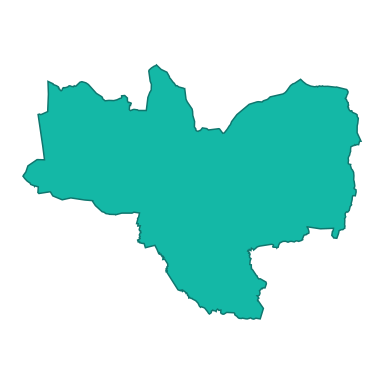 the district of Zinapécuaro, Michoacán, Mexico
{"feature_id": "50627088B67207882372338", "entity_name": "Zinapécuaro", "entity_type": "district", "adm_level": 2, "iso_a3": "MEX", "parent_name": "Mexico", "parent_adm1": "Michoacán", "projection": "natural_earth1", "projection_center": [-100.761, 19.856], "detail": "fine", "context": "isolated", "style": "filled", "palette": "teal", "viewbox_px": 384, "rotation_deg": 0, "n_neighbors": 0, "source": "geoboundaries", "source_scale": "gbopen_adm2", "svg_char_len": 5942}
<svg xmlns="http://www.w3.org/2000/svg" viewBox="0 0 384 384"><path d="M38.1,114.5L42.8,146.4L44.5,159.8L37.1,159.6L27.9,165.9L25.9,171.9L23.4,175.3L23.5,175.7L23.0,176.2L24.8,178.6L27.2,181.1L30.2,183.2L30.7,184.4L34.5,185.9L34.6,186.4L35.1,185.9L38.3,186.9L37.9,192.5L38.9,193.5L49.9,191.8L50.5,192.0L52.8,195.9L62.2,199.8L70.8,197.9L84.7,200.0L92.1,200.6L92.6,200.8L92.4,201.0L95.4,205.6L102.1,211.7L104.0,212.2L105.9,213.6L108.9,214.0L109.2,214.3L115.4,214.5L115.5,214.8L121.8,213.1L132.1,213.1L133.9,212.2L139.5,213.0L138.6,217.1L137.6,218.5L137.8,219.2L136.6,223.6L138.2,223.7L137.8,226.0L140.3,225.8L139.2,229.4L139.6,230.7L140.5,230.7L140.9,232.6L140.4,232.6L139.3,235.0L140.1,236.5L139.3,237.3L140.1,238.6L137.6,240.1L138.2,241.8L138.9,241.3L139.4,242.4L139.8,242.2L140.0,242.8L142.4,243.4L144.1,243.5L145.4,247.7L154.9,245.3L157.0,249.4L158.7,253.5L159.5,252.9L159.7,254.2L161.1,254.3L161.1,255.1L161.9,256.2L162.1,255.7L163.0,256.2L162.9,256.6L163.4,256.8L163.1,257.6L163.7,257.7L163.0,258.4L162.8,259.5L164.7,259.2L167.7,263.9L167.7,265.7L167.9,266.2L166.9,266.9L167.0,268.1L166.6,268.3L166.9,268.5L166.3,268.8L166.0,270.3L167.2,270.3L167.2,271.0L166.2,270.7L166.1,271.8L167.1,272.0L167.1,272.6L178.0,289.8L180.4,290.7L180.9,290.1L181.6,290.1L181.8,290.7L182.5,290.2L182.6,291.3L183.4,290.7L185.2,291.9L185.7,292.8L186.0,292.6L186.6,292.8L186.5,293.5L186.9,293.4L187.8,294.9L187.6,295.5L188.6,296.1L188.8,297.9L189.6,297.5L189.7,297.9L190.5,298.0L191.3,298.5L192.0,298.4L192.8,299.2L195.6,300.6L198.0,303.1L199.5,306.3L200.6,307.3L201.3,306.7L204.6,308.0L207.5,311.6L208.7,313.5L209.5,314.0L211.1,312.8L211.3,312.4L211.3,311.2L211.8,310.7L212.9,310.6L212.9,310.2L214.4,310.8L215.3,310.8L216.1,311.5L216.7,309.9L217.5,309.1L218.3,309.6L218.9,310.4L220.9,310.1L220.7,312.7L221.3,313.5L222.9,314.2L224.0,314.1L226.7,312.4L234.0,312.8L234.7,313.4L234.8,314.7L235.3,315.3L236.7,316.1L237.9,317.5L239.1,318.3L241.4,318.5L242.3,318.1L245.8,318.8L247.4,318.9L250.6,317.9L252.2,318.8L253.8,319.1L255.9,318.2L260.2,318.9L263.4,308.4L258.0,300.5L257.9,301.0L257.7,300.9L257.5,300.1L257.8,299.1L258.8,298.4L258.8,298.0L257.1,295.8L258.2,295.8L259.0,295.5L259.5,294.8L260.0,293.2L259.5,290.6L260.7,289.7L261.6,288.4L262.2,288.3L262.4,288.6L263.2,287.8L265.0,287.9L266.4,283.8L266.0,282.1L260.3,278.8L258.8,278.9L257.6,277.5L257.0,275.8L256.5,275.7L252.6,269.8L251.3,268.8L251.6,268.1L251.3,267.6L251.3,264.8L249.8,264.5L250.2,260.2L250.4,260.2L251.0,258.6L249.6,257.6L249.5,255.7L249.8,255.1L249.5,255.1L249.9,253.8L249.8,253.3L248.8,253.2L249.2,252.2L247.6,251.1L248.1,250.3L249.0,250.3L249.3,249.5L250.9,250.6L251.4,248.2L253.5,249.4L253.7,250.0L257.4,246.8L259.6,246.1L270.6,244.4L271.9,244.3L273.4,244.9L273.4,245.7L272.8,246.6L273.0,247.1L276.5,247.4L276.8,248.0L277.1,247.5L278.2,247.2L278.7,244.9L279.9,242.9L282.8,241.4L285.7,241.3L288.0,242.2L290.0,241.4L291.4,241.3L294.3,241.9L295.6,241.1L296.8,240.8L298.7,241.4L301.6,240.4L302.7,239.7L302.3,239.2L304.0,235.2L306.4,234.6L306.8,234.4L307.0,233.7L308.7,233.3L308.9,232.9L308.9,231.4L308.1,228.6L307.3,227.5L307.2,226.8L320.4,228.8L333.5,228.3L333.3,229.9L332.8,231.2L332.4,231.5L331.8,235.4L333.3,237.2L333.6,237.9L336.8,238.3L338.5,233.6L339.1,230.7L341.1,229.7L342.9,229.6L344.1,228.5L344.8,228.2L344.7,226.4L345.0,226.1L344.6,224.9L344.8,220.4L344.6,218.4L345.2,217.9L345.7,216.7L345.3,215.9L345.1,213.8L345.7,212.7L346.7,211.8L347.7,212.1L349.2,210.4L350.2,206.4L351.6,204.8L351.1,203.8L352.1,199.9L352.3,197.4L352.7,195.9L353.5,195.6L355.3,195.8L356.1,192.1L356.0,189.8L354.2,188.7L354.0,188.1L354.6,187.0L354.8,185.7L354.2,181.6L353.7,179.9L353.9,175.8L353.6,172.3L352.5,170.1L351.4,168.8L350.4,165.4L350.7,164.5L349.0,164.1L348.3,163.6L348.2,162.7L348.5,160.4L348.2,158.2L348.6,156.8L349.7,154.9L349.8,153.8L350.7,151.0L350.5,150.5L350.8,146.9L353.0,145.7L354.0,145.6L354.8,144.7L355.5,145.2L357.1,144.5L358.6,144.7L359.6,141.2L361.0,141.2L357.1,132.7L357.2,125.9L357.8,123.2L358.3,118.3L357.2,116.6L357.1,114.8L355.8,113.8L352.5,112.4L352.1,111.8L351.9,110.9L351.2,110.7L350.5,111.2L349.5,110.3L348.8,109.1L348.5,107.5L348.2,107.5L348.4,107.1L347.8,106.3L348.6,105.3L348.1,103.3L348.2,102.6L347.2,101.7L346.6,99.9L345.4,98.6L345.8,98.3L345.6,97.9L346.3,97.1L347.0,94.8L347.5,94.1L348.0,92.7L348.0,91.6L347.6,91.3L347.5,90.5L346.6,89.5L336.4,87.0L335.5,87.2L327.8,86.3L324.2,86.4L322.9,86.2L322.5,85.9L321.2,86.4L319.3,85.9L317.5,86.9L316.9,86.3L314.8,86.8L310.7,86.1L306.4,84.3L303.2,81.8L300.6,79.3L294.6,83.3L292.8,83.9L290.5,85.6L286.4,91.3L284.8,92.9L282.8,94.0L270.2,96.9L267.5,99.4L263.4,100.8L262.0,102.0L258.3,101.7L256.9,101.9L249.2,104.3L236.9,114.6L231.6,121.6L230.4,124.7L229.5,125.6L227.3,129.1L224.3,132.9L222.8,133.3L219.5,128.9L218.7,128.7L208.4,130.0L206.8,128.6L202.4,127.9L200.4,130.5L199.4,130.6L198.1,131.4L196.4,130.8L195.8,130.1L195.9,129.1L194.4,126.9L194.6,121.5L192.8,115.4L192.6,111.4L192.1,109.0L187.2,101.8L186.0,99.2L184.7,88.6L184.0,88.7L183.5,88.2L178.9,87.0L176.9,85.6L175.8,85.8L174.3,83.3L173.0,82.1L170.4,78.6L169.7,78.0L169.3,76.5L166.9,72.2L161.1,69.4L156.4,64.9L155.8,65.7L154.3,66.1L151.4,68.0L149.1,70.1L148.8,71.1L150.2,81.2L151.4,84.3L151.2,90.1L149.8,92.4L147.9,97.4L146.3,110.5L138.4,110.5L137.6,109.9L134.3,109.4L133.2,109.5L130.5,110.6L129.8,110.2L129.3,109.5L129.6,105.5L130.5,105.5L130.5,104.3L131.2,103.8L131.1,103.1L129.4,102.4L128.3,102.5L127.4,100.8L127.4,98.0L124.7,95.5L121.6,95.8L121.7,97.5L121.3,98.1L119.9,98.4L117.0,99.8L113.8,100.6L108.9,100.4L105.1,100.8L102.5,98.6L102.5,97.8L101.9,96.8L96.4,93.4L88.4,84.5L86.0,82.9L84.5,82.4L81.9,81.7L80.0,82.2L75.8,86.2L74.6,86.1L74.2,85.8L73.6,86.7L71.7,86.5L69.9,85.8L69.0,85.9L67.7,87.0L65.1,87.7L63.6,87.7L63.5,88.1L62.7,88.2L62.1,90.0L61.1,90.8L60.4,90.4L59.6,89.1L59.0,88.9L59.0,88.0L58.4,87.8L58.4,86.9L56.4,85.7L53.2,84.5L53.1,83.8L48.0,81.4L48.4,94.2L47.7,111.6L41.5,114.4L40.5,114.6L39.5,114.1L38.1,114.5Z" fill="#14b8a6" stroke="#0f766e" stroke-width="1.5"/></svg>